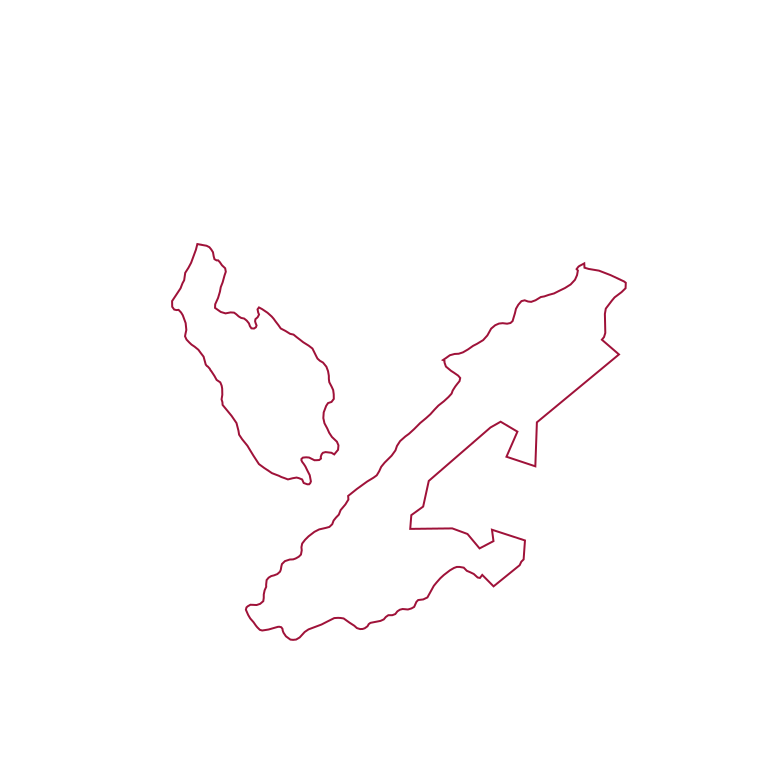 outline of Panfilov, Chuy, Kyrgyzstan, rotated 321°
{"feature_id": "92254566B35271705363117", "entity_name": "Panfilov", "entity_type": "district", "adm_level": 2, "iso_a3": "KGZ", "parent_name": "Kyrgyzstan", "parent_adm1": "Chuy", "projection": "mercator", "projection_center": [73.745, 42.502], "detail": "fine", "context": "isolated", "style": "outline", "palette": "rose", "viewbox_px": 768, "rotation_deg": 321, "n_neighbors": 0, "source": "geoboundaries", "source_scale": "gbopen_adm2", "svg_char_len": 5219}
<svg xmlns="http://www.w3.org/2000/svg" viewBox="0 0 768 768"><g transform="rotate(321 384 384)"><path d="M132.8,496.9L134.2,498.9L136.4,500.2L139.7,502.1L140.6,502.5L145.8,504.7L148.8,506.0L149.9,506.8L151.1,508.4L151.0,510.4L150.1,511.9L149.4,514.0L149.0,518.4L150.4,523.7L152.3,525.6L154.9,527.3L159.0,527.9L166.3,526.8L170.9,527.2L184.1,531.6L190.3,532.9L198.0,534.6L201.1,536.8L203.0,538.5L205.1,540.8L207.0,547.7L208.8,553.2L209.3,556.5L209.9,557.5L211.2,559.4L213.2,560.9L215.3,561.7L218.7,561.9L221.0,561.0L223.1,561.1L224.1,561.6L229.0,564.2L232.2,565.9L235.7,566.8L238.8,566.2L241.9,566.4L245.0,568.9L248.0,569.9L251.3,569.1L254.3,569.4L256.9,570.6L260.7,574.3L264.1,575.7L267.2,576.2L272.1,573.7L274.6,573.4L278.9,576.1L283.4,577.2L290.3,574.4L295.7,572.2L300.1,571.3L305.5,570.4L310.2,570.1L318.0,570.3L322.6,571.0L325.5,572.0L327.5,573.6L330.4,576.9L330.8,581.3L332.5,584.5L334.2,588.1L335.0,593.3L336.5,595.1L340.2,594.2L341.8,610.2L375.4,610.2L378.9,608.5L382.1,608.2L395.1,594.3L376.2,565.2L370.2,575.0L354.8,571.9L354.5,553.1L346.2,539.2L313.2,513.1L322.7,503.1L337.3,503.9L357.8,487.5L439.4,484.8L450.9,486.7L457.7,505.0L433.4,517.6L449.8,543.2L478.7,510.0L585.2,508.9L581.2,486.7L584.5,486.0L588.1,483.6L597.4,471.6L599.7,468.6L603.8,465.0L613.6,462.6L617.7,461.8L626.4,462.1L632.0,461.6L635.6,457.5L635.1,455.4L628.5,441.8L622.4,431.2L615.5,423.4L613.0,419.8L615.5,416.3L614.4,416.1L611.9,415.6L610.4,415.3L609.5,415.2L608.9,415.2L606.0,415.9L606.1,417.8L602.5,420.9L598.0,423.2L591.7,424.1L585.0,423.3L579.0,421.9L573.5,420.7L573.3,420.7L568.1,418.4L563.7,416.8L560.6,415.1L554.5,414.3L550.1,412.8L547.9,410.6L546.0,407.5L543.0,406.1L538.3,406.9L533.9,408.6L530.3,411.4L525.6,414.6L523.6,416.0L520.7,416.2L517.6,414.6L514.5,411.4L511.4,409.4L507.4,408.3L502.1,408.4L494.9,411.3L489.9,412.1L488.7,412.3L481.5,411.3L477.2,410.4L471.1,410.0L465.3,409.1L461.1,407.5L457.8,405.1L453.3,403.1L448.1,402.8L444.9,402.5L445.6,404.0L444.5,405.5L443.1,409.4L444.4,416.0L445.4,419.0L446.9,424.1L447.0,427.3L444.5,429.3L441.1,430.0L437.8,430.8L433.3,432.3L430.5,434.0L426.0,434.7L419.7,435.1L412.7,435.0L407.1,435.7L401.0,436.7L395.3,437.0L387.4,437.1L379.2,438.0L372.5,438.4L371.6,438.4L367.6,438.2L360.6,438.5L355.1,440.3L351.1,442.8L344.8,444.5L335.0,445.5L329.7,446.6L325.3,448.8L320.9,450.4L316.9,450.2L309.6,449.2L297.1,448.5L285.7,448.4L283.6,451.4L281.0,452.3L278.2,453.3L270.9,454.7L266.7,457.1L262.6,457.6L258.9,458.4L255.5,460.4L251.6,460.7L248.0,459.1L242.1,456.2L236.9,455.1L229.5,454.9L224.6,455.4L220.0,456.5L217.1,458.9L215.4,461.5L212.1,464.3L209.1,464.6L205.5,464.0L203.0,463.1L200.3,461.1L195.5,459.3L191.4,459.7L189.5,461.1L187.0,463.3L185.1,464.4L181.5,464.6L178.1,463.5L175.5,462.3L172.5,461.9L169.4,462.5L166.0,465.9L164.8,467.5L161.4,469.2L158.1,471.9L155.9,474.6L153.5,476.8L149.4,476.9L145.9,475.6L143.1,473.1L141.3,471.5L138.2,471.0L136.5,471.1L134.6,472.5L133.1,478.0L132.5,482.0L132.7,487.0L132.4,491.1L132.4,493.3L132.8,496.9ZM327.0,157.8L322.3,161.3L310.4,168.4L305.2,170.6L299.5,172.5L294.0,177.6L290.8,178.9L286.1,181.6L282.0,182.9L277.9,184.2L271.5,186.2L268.0,190.7L267.8,194.1L269.3,196.0L271.0,197.1L271.3,200.7L270.9,203.9L268.2,211.8L264.4,217.6L261.5,219.9L259.4,221.7L258.5,225.2L258.8,229.1L259.2,232.2L260.3,235.8L261.3,240.6L261.1,244.6L261.0,249.2L257.7,256.7L257.7,258.5L258.1,259.8L258.1,261.0L258.2,262.3L258.1,263.0L257.9,263.6L257.9,263.8L257.9,264.0L257.9,264.3L257.8,264.5L257.8,264.8L257.9,265.0L257.3,271.0L256.5,275.5L257.8,279.7L256.8,283.1L255.3,285.8L251.5,290.7L248.1,293.7L247.0,296.4L245.4,298.7L245.5,312.8L244.8,321.5L241.5,328.7L239.5,332.2L239.0,337.6L239.0,346.1L238.3,351.0L237.4,357.8L236.4,367.5L238.1,374.0L239.7,379.0L240.8,382.7L242.8,386.2L244.5,389.1L245.7,391.7L247.5,394.6L249.3,397.7L253.8,399.8L257.2,401.7L258.6,403.6L260.3,406.7L259.3,410.4L261.3,413.7L262.7,414.8L264.3,414.6L265.9,413.7L267.4,410.9L268.9,408.1L270.0,402.9L271.0,398.7L271.3,395.9L271.4,393.1L271.8,391.3L272.7,390.3L274.7,390.2L277.4,392.0L279.5,394.0L282.0,399.5L283.7,400.8L285.8,402.3L288.1,402.3L289.0,400.8L291.3,399.4L293.2,399.0L295.7,400.1L299.9,404.4L301.0,407.4L306.9,406.2L310.0,403.0L311.1,399.2L310.2,392.4L310.7,387.4L311.9,382.9L313.0,377.1L315.4,372.3L319.3,368.1L325.3,364.6L328.5,363.6L331.9,364.9L335.6,364.0L338.5,360.3L340.7,356.7L341.6,353.2L342.6,348.2L344.3,345.4L346.3,342.9L348.6,338.8L350.1,334.3L350.1,329.0L348.8,325.6L348.3,322.4L348.8,319.9L350.0,314.6L350.7,311.4L349.6,306.8L347.5,300.7L346.5,296.3L345.6,292.6L344.8,288.7L342.6,285.9L340.8,280.7L338.7,275.9L339.0,271.7L339.1,267.2L339.3,263.8L339.2,260.9L338.3,255.3L336.4,249.1L335.0,245.8L332.7,246.4L331.2,249.3L330.6,251.4L327.8,252.6L324.9,252.7L323.3,254.1L322.5,256.0L321.8,258.3L320.1,259.3L317.9,259.1L316.0,257.3L316.2,254.7L317.2,251.9L317.2,248.3L316.5,245.1L314.6,242.8L313.6,240.0L313.1,236.8L312.4,234.2L309.8,231.8L308.3,231.0L305.3,229.4L302.5,225.3L301.5,221.8L300.6,218.5L303.0,215.8L309.2,212.7L314.6,209.0L318.1,206.0L322.5,203.5L328.5,199.2L331.7,197.2L333.4,194.1L332.8,189.8L333.1,185.9L332.9,183.5L331.7,182.6L330.8,180.3L332.0,177.6L334.0,174.0L334.4,170.8L334.4,167.8L333.1,164.9L327.0,157.8Z" fill="none" stroke="#9f1239" stroke-width="2"/></g></svg>